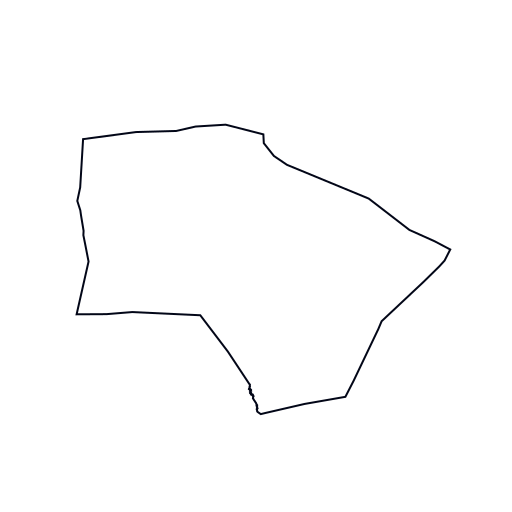 Mandal-Ovoo, Ömnögovi, Mongolia, rotated 164°
{"feature_id": "93677404B34607971050655", "entity_name": "Mandal-Ovoo", "entity_type": "district", "adm_level": 2, "iso_a3": "MNG", "parent_name": "Mongolia", "parent_adm1": "Ömnögovi", "projection": "natural_earth1", "projection_center": [104.105, 44.695], "detail": "fine", "context": "isolated", "style": "outline", "palette": "ink", "viewbox_px": 512, "rotation_deg": 164, "n_neighbors": 0, "source": "geoboundaries", "source_scale": "gbopen_adm2", "svg_char_len": 2081}
<svg xmlns="http://www.w3.org/2000/svg" viewBox="0 0 512 512"><g transform="rotate(164 256 256)"><path d="M298.3,398.2L337.1,408.2L390.0,416.0L391.1,412.9L406.1,370.4L412.6,358.2L412.3,348.3L413.0,343.3L414.8,327.7L416.2,323.6L417.1,312.7L418.5,296.8L444.5,249.4L415.7,241.3L390.3,236.2L325.9,214.4L309.4,171.9L297.7,134.8L297.4,134.4L297.3,134.0L297.5,133.7L297.6,133.3L297.7,132.9L297.7,132.6L297.7,132.4L297.8,132.3L298.1,132.2L298.3,132.0L298.3,131.9L298.2,131.6L298.3,131.3L298.4,131.1L298.7,130.8L299.1,130.6L299.4,130.2L299.5,130.0L299.4,129.9L299.1,129.8L298.7,129.9L298.3,129.9L298.2,129.7L298.0,129.3L297.7,128.9L297.6,128.6L297.7,128.3L297.9,128.2L298.3,128.2L298.6,128.2L298.9,128.2L299.0,128.1L299.1,127.9L299.0,127.7L298.9,127.4L298.7,127.2L298.5,126.7L298.3,126.5L298.4,126.4L298.5,126.3L298.8,126.3L299.1,126.3L299.3,126.2L299.5,126.1L299.5,125.9L299.3,125.8L298.9,125.5L298.6,125.3L298.5,125.1L298.5,124.9L298.6,124.7L299.0,124.2L298.9,124.1L298.6,123.9L298.1,123.9L297.6,124.0L297.4,123.9L297.3,123.7L297.2,123.4L297.2,123.2L297.4,123.0L297.6,122.8L297.7,122.7L297.4,122.3L297.2,122.1L297.0,121.9L297.1,121.7L297.4,121.6L297.6,121.5L297.7,121.3L297.8,121.0L297.9,120.5L298.0,120.3L298.1,120.1L298.2,119.9L298.1,119.7L298.0,119.4L297.8,119.0L297.7,118.4L297.6,117.9L297.2,116.9L297.0,116.2L296.9,115.7L296.7,115.3L296.6,115.0L296.5,114.7L296.5,114.4L296.5,114.0L296.5,113.6L296.4,113.4L296.3,113.1L296.2,113.0L296.3,112.7L296.5,112.3L296.7,112.2L296.8,111.9L296.7,111.6L296.3,111.6L296.2,111.6L296.3,111.2L296.7,110.7L296.8,110.5L296.8,110.3L296.7,110.0L296.6,109.7L296.5,109.4L296.5,109.1L296.7,108.9L296.9,108.7L297.1,108.7L297.4,108.8L297.5,108.7L297.6,108.3L297.6,108.0L297.5,107.6L297.5,107.3L297.6,106.9L297.7,106.6L297.6,106.4L297.5,105.8L295.0,102.7L290.0,102.5L250.1,100.4L208.9,96.0L196.6,109.1L159.5,151.0L159.0,151.5L153.2,158.7L102.0,185.0L82.8,195.4L76.0,199.6L67.5,208.7L80.2,220.9L101.3,238.7L131.8,280.1L201.1,335.1L211.2,347.2L217.4,362.3L215.4,370.9L249.0,390.6L278.4,397.1L298.3,398.2Z" fill="none" stroke="#020617" stroke-width="2"/></g></svg>